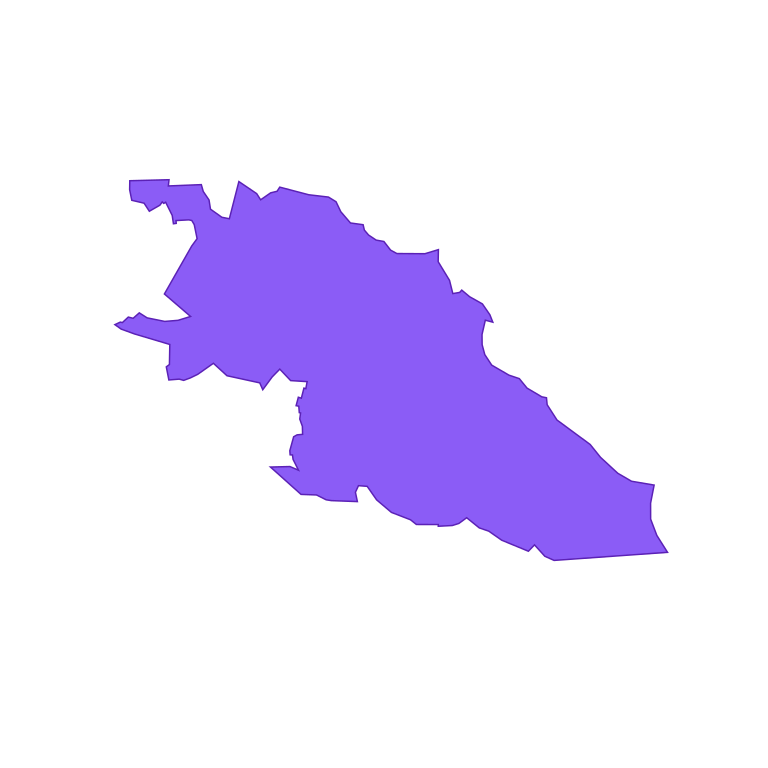 Grebenisu De Campie, Mures, Romania (Equal Earth projection), rotated 220°
{"feature_id": "2599482B22426037258444", "entity_name": "Grebenisu De Campie", "entity_type": "district", "adm_level": 2, "iso_a3": "ROU", "parent_name": "Romania", "parent_adm1": "Mures", "projection": "equal_earth", "projection_center": [24.279, 46.612], "detail": "medium", "context": "isolated", "style": "filled", "palette": "violet", "viewbox_px": 768, "rotation_deg": 220, "n_neighbors": 0, "source": "geoboundaries", "source_scale": "gbopen_adm2", "svg_char_len": 1968}
<svg xmlns="http://www.w3.org/2000/svg" viewBox="0 0 768 768"><g transform="rotate(220 384 384)"><path d="M428.7,521.9L436.4,510.1L458.0,492.2L465.0,490.8L475.7,493.1L482.5,489.2L491.6,488.2L498.0,489.3L502.4,492.6L513.2,485.8L527.8,488.2L537.9,492.8L546.7,491.5L563.3,480.6L590.4,467.8L589.8,462.9L593.7,457.6L596.9,445.8L603.9,448.0L625.3,445.8L608.7,411.2L615.4,407.5L629.3,406.4L636.3,412.5L646.2,415.3L652.1,419.3L676.5,397.1L680.0,402.3L709.4,376.3L703.8,369.4L695.3,362.6L684.0,368.3L674.8,365.5L670.6,377.0L670.9,380.9L668.8,380.8L668.1,382.9L654.6,377.0L648.3,371.4L646.4,373.5L648.4,375.5L639.0,384.3L636.3,385.7L631.8,384.1L620.6,375.2L620.0,366.1L610.1,311.8L575.6,311.4L582.7,300.4L592.2,291.0L608.0,282.4L617.2,281.2L618.4,273.1L622.9,270.9L623.9,262.9L625.8,261.9L628.3,256.5L620.6,257.1L607.2,262.0L573.5,276.6L560.9,261.0L561.8,257.2L551.4,248.8L544.0,256.1L539.8,258.0L536.3,264.1L532.9,271.7L528.0,290.2L509.6,289.4L479.9,305.0L473.2,301.7L474.2,317.5L473.4,328.4L457.7,326.6L444.4,336.4L440.9,330.2L442.7,329.4L438.2,320.0L441.1,318.8L437.4,310.9L435.0,312.2L430.5,307.6L429.3,308.2L426.0,303.0L419.3,299.1L414.0,293.1L417.9,289.2L419.3,285.5L413.3,272.4L410.4,269.4L408.5,270.8L405.2,267.8L394.1,263.0L403.0,260.3L417.6,247.4L376.6,246.1L364.4,255.6L353.9,258.1L349.4,260.8L328.8,276.8L336.3,282.7L338.2,289.7L331.1,294.8L315.2,290.5L295.8,290.4L276.5,297.0L268.9,297.2L252.1,311.2L251.0,309.9L240.7,319.5L237.0,325.3L234.7,334.7L218.5,335.0L209.2,338.6L193.4,340.0L165.9,348.7L165.3,357.5L150.0,355.4L140.3,358.2L58.6,437.3L77.7,443.4L92.9,451.9L103.2,464.1L112.1,480.2L131.9,468.6L147.5,465.9L171.0,467.0L187.2,470.2L228.3,467.6L245.7,473.0L250.7,477.9L254.9,475.6L271.8,472.8L283.8,475.1L294.0,471.1L313.6,467.7L325.7,471.3L334.1,477.2L340.7,484.9L347.4,498.0L340.4,501.3L347.4,505.1L360.1,508.6L374.5,505.9L384.8,505.9L384.9,502.8L389.4,497.5L400.4,505.5L421.1,512.5L428.7,521.9Z" fill="#8b5cf6" stroke="#5b21b6" stroke-width="1.5"/></g></svg>